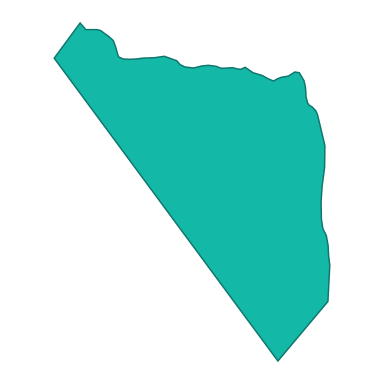 outline of Mataluafata, Tuvalu
{"feature_id": "33948139B35495729479107", "entity_name": "Mataluafata", "entity_type": "district", "adm_level": 2, "iso_a3": "TUV", "parent_name": "Tuvalu", "parent_adm1": "", "projection": "equal_earth", "projection_center": [176.114, -5.671], "detail": "fine", "context": "isolated", "style": "filled", "palette": "teal", "viewbox_px": 384, "rotation_deg": 0, "n_neighbors": 0, "source": "geoboundaries", "source_scale": "gbopen_adm2", "svg_char_len": 861}
<svg xmlns="http://www.w3.org/2000/svg" viewBox="0 0 384 384"><path d="M277.9,361.0L327.9,301.5L329.8,265.2L328.6,255.5L328.1,245.5L326.3,235.5L322.9,228.8L321.4,219.1L321.1,201.5L322.1,186.4L324.6,167.4L324.9,145.7L320.1,125.4L317.4,114.4L315.7,110.7L312.2,107.0L309.0,105.0L307.5,102.7L306.0,96.7L305.8,91.4L305.3,86.4L304.0,80.7L299.3,72.7L294.9,72.0L288.4,76.0L285.0,76.7L281.3,77.3L277.0,79.0L273.6,81.0L267.9,78.7L262.7,75.7L253.0,72.7L245.1,67.3L240.9,69.3L237.9,69.0L232.5,67.7L227.8,68.0L221.1,68.3L216.1,66.3L208.4,65.3L201.7,66.0L193.6,68.0L185.1,67.0L180.2,64.7L176.7,60.7L164.3,56.3L154.4,57.7L147.5,58.0L144.3,58.0L136.1,59.0L129.7,59.3L123.2,59.0L118.8,57.0L117.5,54.0L116.0,48.0L113.3,40.6L108.9,36.6L103.9,33.0L100.7,30.6L97.0,29.6L91.8,29.6L85.8,29.6L80.1,23.0L54.2,58.2L277.9,361.0Z" fill="#14b8a6" stroke="#0f766e" stroke-width="1.5"/></svg>